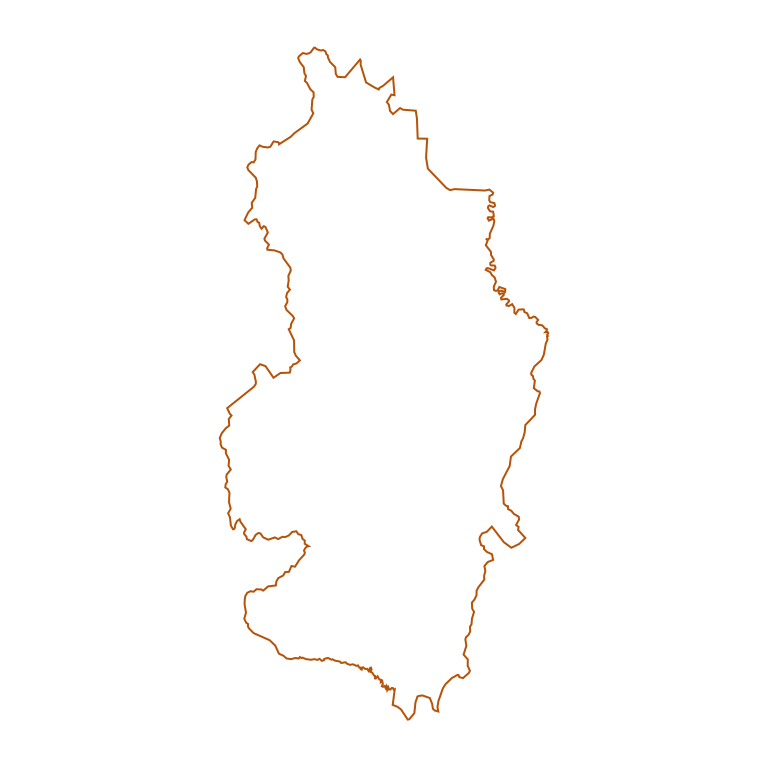 the district of Azangaro, Puno, Peru, rotated 181°
{"feature_id": "86281439B39141147012266", "entity_name": "Azangaro", "entity_type": "district", "adm_level": 2, "iso_a3": "PER", "parent_name": "Peru", "parent_adm1": "Puno", "projection": "robinson", "projection_center": [-70.147, -14.836], "detail": "fine", "context": "isolated", "style": "outline", "palette": "amber", "viewbox_px": 768, "rotation_deg": 181, "n_neighbors": 0, "source": "geoboundaries", "source_scale": "gbopen_adm2", "svg_char_len": 6105}
<svg xmlns="http://www.w3.org/2000/svg" viewBox="0 0 768 768"><g transform="rotate(181 384 384)"><path d="M519.6,146.9L517.7,143.0L515.7,141.6L515.8,139.2L514.8,137.4L510.1,132.7L493.8,125.8L488.2,120.6L484.3,112.5L479.7,110.5L476.7,107.9L472.2,107.3L467.6,108.5L464.6,108.0L463.4,109.5L462.0,108.6L460.8,109.0L457.3,107.6L452.2,107.0L448.8,107.7L445.7,107.0L443.7,108.1L441.3,106.1L439.2,106.8L438.9,108.1L435.3,109.1L431.6,107.4L430.3,107.8L428.4,106.6L423.2,105.7L422.0,104.3L417.5,105.1L416.0,103.6L413.0,102.6L410.1,103.2L406.7,101.7L405.1,102.2L403.7,100.0L402.3,100.0L402.4,98.6L401.3,98.0L400.9,99.9L400.0,100.4L397.9,98.8L395.9,98.9L394.4,96.8L393.0,99.8L392.1,100.2L391.4,98.2L392.6,96.0L390.6,95.1L389.0,92.4L387.8,91.9L387.9,89.5L387.1,89.4L385.3,91.6L383.5,88.5L381.9,88.2L382.0,85.9L380.6,87.1L379.9,84.0L380.9,81.8L379.6,81.2L378.0,82.1L377.1,80.0L376.3,81.7L375.5,77.9L374.6,79.6L375.2,80.9L374.7,81.5L373.5,78.6L372.3,78.6L371.0,80.2L369.7,80.1L368.9,78.5L367.9,79.0L369.7,63.3L364.9,61.5L361.3,58.9L354.4,48.9L352.9,49.2L347.9,55.5L347.0,66.1L345.1,72.1L343.7,72.7L340.2,73.3L332.7,70.8L330.3,65.1L329.4,60.1L327.7,58.5L324.0,57.5L324.9,61.9L324.0,68.1L319.9,80.5L317.3,84.9L311.0,91.2L305.3,94.5L304.4,94.3L303.6,92.3L299.9,91.3L294.0,96.7L293.1,98.8L295.4,103.7L295.4,110.1L299.7,114.8L297.1,123.6L298.2,130.2L297.5,132.4L295.2,134.5L293.5,138.0L293.8,142.7L292.3,145.3L292.0,150.7L290.0,157.7L291.9,160.9L292.3,166.9L289.6,170.4L287.8,174.4L287.8,179.0L286.1,182.4L280.3,190.2L280.6,193.6L279.4,198.8L280.4,203.7L277.2,207.8L271.8,210.0L273.1,215.7L278.2,217.9L281.1,220.6L281.2,223.4L284.1,224.6L285.8,230.1L285.5,232.6L283.3,236.3L278.5,238.1L273.7,243.3L261.5,228.0L253.8,222.5L246.1,226.4L240.0,232.5L247.4,240.4L246.9,243.4L249.5,245.4L246.6,250.8L247.0,253.6L251.9,256.4L254.5,259.5L257.8,261.1L257.9,263.9L259.6,264.2L262.2,266.5L263.1,279.8L265.3,284.0L263.5,291.0L256.9,304.2L255.8,313.7L247.0,322.4L245.6,329.1L244.0,332.2L242.5,338.0L242.0,345.4L232.4,355.9L232.6,361.0L231.5,366.9L227.9,377.7L228.4,379.2L230.2,379.4L234.1,382.4L233.2,390.0L234.6,391.7L235.3,394.7L236.9,396.0L237.0,397.8L233.9,404.2L227.0,410.7L224.7,416.1L223.0,427.0L221.3,431.2L221.8,434.2L221.0,434.9L221.8,435.9L220.7,437.7L221.2,438.7L223.6,438.6L222.2,440.3L222.1,441.7L224.2,442.5L226.8,445.4L230.6,445.9L232.3,447.2L232.6,448.4L231.0,450.8L234.0,453.7L235.6,454.1L237.8,452.6L240.0,452.6L242.0,457.1L244.9,458.5L245.4,460.8L246.2,461.1L250.8,460.7L253.4,456.3L254.9,457.5L254.9,462.4L257.3,466.1L260.3,464.2L262.9,464.6L263.1,465.7L260.3,469.0L260.7,470.0L262.6,471.3L268.2,470.6L268.5,472.3L265.9,475.0L265.7,476.3L267.8,476.7L269.9,475.7L271.0,477.5L270.5,478.7L268.8,479.4L264.5,478.2L264.4,481.0L270.3,483.0L272.1,479.6L273.6,479.0L275.7,479.8L275.9,483.3L273.8,488.2L275.3,492.6L278.1,494.9L279.6,497.6L284.3,499.9L283.4,501.5L282.1,501.7L276.0,499.5L274.5,502.2L275.4,504.4L279.1,504.4L279.8,505.1L279.8,507.1L276.5,509.1L276.4,510.5L279.2,514.8L279.4,518.0L284.6,524.5L282.8,529.5L284.7,530.9L282.3,530.4L280.9,531.8L280.8,536.1L277.4,544.2L276.5,548.8L277.4,551.2L282.0,549.2L283.3,551.6L282.7,552.6L279.0,552.5L277.1,553.8L277.9,558.2L281.0,558.5L283.2,561.9L282.8,563.6L281.7,564.4L277.8,562.8L276.1,564.1L276.8,566.8L280.9,567.7L282.0,569.6L281.8,573.8L278.7,575.3L278.2,577.2L282.0,580.2L286.5,579.2L316.9,580.1L321.3,579.0L325.2,581.2L343.9,600.1L345.9,611.0L345.1,630.0L354.6,630.0L355.7,650.0L357.0,657.8L369.9,658.6L372.8,660.2L379.7,654.0L382.7,657.1L384.0,663.4L386.1,665.9L381.7,673.5L378.5,672.9L380.3,690.8L390.1,682.1L393.8,679.9L394.4,678.4L398.8,680.4L407.2,685.2L413.0,703.1L412.9,706.8L413.6,708.0L428.3,690.0L435.8,690.3L437.6,693.2L438.3,699.9L443.7,705.2L445.8,709.7L445.9,711.5L447.5,713.0L448.3,715.5L450.7,716.9L452.9,716.3L457.0,717.5L458.9,719.1L459.8,719.0L463.2,714.3L464.9,713.3L467.5,712.7L470.9,713.5L475.0,709.9L475.5,708.3L473.8,704.4L469.8,699.4L469.0,693.3L467.4,690.7L468.4,685.6L466.4,683.9L462.9,677.6L459.5,674.4L459.3,669.7L460.6,667.4L461.2,657.0L459.4,653.4L464.9,643.1L477.9,633.3L481.6,629.5L493.1,621.9L493.2,623.2L494.2,624.0L498.6,624.6L501.9,619.1L504.2,618.5L509.3,619.0L512.6,620.4L514.8,617.5L516.3,613.8L516.4,606.3L518.2,603.3L520.3,603.6L523.3,601.0L524.5,598.1L523.3,595.5L515.8,588.0L514.6,584.5L514.2,579.4L515.3,576.6L516.0,567.9L519.4,562.8L518.8,558.0L522.8,553.1L526.3,545.4L522.4,541.8L516.1,546.3L514.3,546.4L513.1,543.6L511.6,543.1L510.9,539.5L509.1,537.1L507.0,539.7L505.3,539.0L502.8,533.5L506.1,527.2L505.5,525.3L501.5,521.4L503.2,517.7L502.9,516.2L495.9,515.7L489.8,513.7L487.8,511.6L486.7,507.9L479.7,498.7L479.2,495.8L481.5,490.4L481.1,485.8L482.0,479.6L479.7,476.7L482.5,473.3L483.4,469.3L482.1,466.8L482.1,464.1L484.2,460.1L482.8,456.4L476.3,450.3L475.0,448.1L477.9,442.5L478.3,438.4L480.2,437.1L474.7,426.0L474.3,414.3L472.6,410.7L468.5,406.2L471.9,403.0L475.2,402.0L476.4,399.9L478.1,398.9L477.7,396.8L478.4,393.7L487.7,393.2L494.6,388.3L502.8,399.8L508.3,401.6L515.5,393.6L513.8,391.2L512.1,383.9L512.2,381.9L513.9,379.1L540.4,357.1L537.6,351.5L535.9,349.8L538.6,346.3L538.0,339.8L541.5,336.9L545.3,332.0L547.3,327.1L546.2,323.5L546.3,320.8L544.9,317.6L540.9,315.4L540.9,311.9L537.5,305.5L538.0,299.6L535.7,295.8L539.8,290.6L540.1,288.1L539.0,283.5L540.5,281.2L540.9,277.8L538.3,276.1L536.6,272.6L536.9,263.0L535.1,256.7L537.6,252.0L535.7,248.0L534.6,239.7L532.4,236.1L531.4,236.3L530.7,237.5L530.2,240.9L528.6,244.3L526.0,246.3L525.2,243.9L519.7,236.4L521.4,232.7L521.2,231.6L518.9,228.9L518.4,226.5L513.9,224.6L512.3,226.0L509.7,230.9L507.1,232.8L504.9,232.4L502.2,228.6L497.0,226.3L490.5,228.7L487.1,227.1L482.9,229.5L480.1,229.2L476.5,230.9L473.2,234.5L469.1,235.2L467.1,232.4L464.0,231.5L462.8,227.8L460.5,226.1L460.5,222.9L456.5,220.5L458.6,220.0L460.1,218.1L461.1,216.1L460.2,214.2L460.6,212.3L465.9,206.2L469.8,199.8L473.3,200.4L475.8,194.5L479.5,194.3L481.4,190.8L486.3,188.1L488.2,184.6L488.6,180.7L496.3,179.6L501.2,175.3L503.0,176.4L507.9,176.6L510.8,174.0L513.8,174.5L517.0,172.9L518.9,169.7L519.4,167.0L519.6,161.5L518.0,153.0L519.6,146.9Z" fill="none" stroke="#b45309" stroke-width="2"/></g></svg>